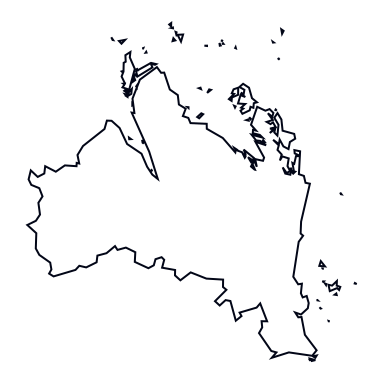 the district of Livingstone, Queensland, Australia
{"feature_id": "25037944B91391383703186", "entity_name": "Livingstone", "entity_type": "district", "adm_level": 2, "iso_a3": "AUS", "parent_name": "Australia", "parent_adm1": "Queensland", "projection": "albers", "projection_center": [150.606, -22.725], "detail": "fine", "context": "isolated", "style": "outline", "palette": "ink", "viewbox_px": 384, "rotation_deg": 0, "n_neighbors": 0, "source": "geoboundaries", "source_scale": "gbopen_adm2", "svg_char_len": 5988}
<svg xmlns="http://www.w3.org/2000/svg" viewBox="0 0 384 384"><path d="M86.2,267.4L96.6,262.3L97.4,255.6L106.5,253.2L115.0,246.1L117.5,249.9L125.9,247.6L135.3,252.2L134.8,261.9L148.4,268.2L153.8,265.3L155.5,259.2L161.6,257.2L164.2,259.8L162.1,267.7L175.1,270.0L175.0,275.4L180.4,280.3L190.7,272.4L206.4,278.6L223.1,279.6L223.0,287.0L226.4,289.8L215.0,301.2L219.7,305.5L225.6,300.1L230.4,301.0L235.8,320.7L241.5,316.1L239.6,312.6L256.6,307.6L260.2,303.4L267.1,321.3L261.6,321.2L262.2,327.4L259.0,333.1L271.3,351.0L276.4,352.4L271.8,357.8L288.9,352.4L312.2,355.8L316.6,350.3L304.9,334.8L301.5,317.0L298.3,317.3L295.2,312.5L301.0,314.5L307.8,308.3L308.7,303.1L306.7,296.0L302.7,297.4L300.9,293.3L301.9,283.7L298.2,284.3L293.3,276.8L298.7,241.8L303.1,235.7L300.6,233.5L301.1,221.6L309.9,183.7L305.5,182.8L303.9,175.9L298.9,174.2L300.1,151.3L294.4,150.1L294.7,153.4L298.2,155.0L298.2,156.1L296.0,156.1L294.2,163.9L292.4,162.9L293.8,170.6L291.2,171.1L293.3,173.1L294.0,171.4L295.2,171.7L293.2,173.6L290.8,171.0L290.3,174.7L285.3,173.6L282.7,167.4L286.7,173.0L290.1,171.0L287.5,166.1L288.7,158.4L282.3,156.4L279.9,160.5L281.7,154.5L277.5,149.9L278.8,145.4L273.1,139.8L278.9,144.1L279.7,139.6L283.4,146.4L288.5,149.1L289.9,142.0L295.2,138.7L294.2,133.9L282.6,130.7L281.4,119.5L277.5,113.1L274.3,117.8L278.5,124.8L277.4,135.6L274.3,132.4L275.2,128.9L269.8,133.0L273.5,129.3L270.0,128.6L275.7,127.2L273.0,122.4L270.5,124.1L266.7,121.9L272.8,120.0L267.9,113.3L272.3,116.7L273.4,112.9L269.6,109.1L265.4,110.7L257.2,106.8L251.0,124.8L256.1,130.6L253.0,129.9L252.8,133.2L259.8,134.9L262.6,137.6L251.6,134.7L256.1,140.4L260.1,140.9L262.1,142.2L263.2,140.1L264.9,142.3L262.1,142.5L266.1,145.3L255.4,141.8L264.1,157.6L263.0,160.8L255.2,159.1L256.8,166.8L254.4,161.1L252.5,164.0L255.0,169.7L254.6,169.6L251.0,166.5L253.8,160.5L251.1,162.2L248.1,157.2L252.6,160.3L253.9,158.0L243.7,149.6L245.6,154.3L245.2,157.2L244.8,157.8L242.1,152.3L235.7,149.9L235.3,152.4L222.8,138.0L206.8,128.8L206.7,123.8L190.5,123.1L188.3,117.9L182.9,116.1L185.7,108.7L178.9,104.5L177.8,95.1L169.8,89.5L164.2,72.6L161.1,72.8L156.9,67.1L139.9,79.6L132.5,98.7L134.4,113.0L131.7,112.6L149.2,151.7L157.8,179.0L152.3,174.6L147.1,166.7L141.5,153.7L127.1,144.0L119.6,128.0L111.6,120.8L106.9,120.6L104.5,129.0L83.0,146.0L77.5,155.0L79.2,163.5L76.7,162.9L76.5,166.2L64.9,165.4L55.8,171.7L45.2,166.2L44.3,173.5L37.7,176.9L30.8,170.4L28.6,179.4L31.3,184.9L39.3,188.2L42.5,196.4L38.4,202.8L40.0,214.6L35.9,220.8L27.3,225.0L36.3,233.2L35.8,248.5L39.3,254.9L50.2,262.6L51.4,269.5L49.1,273.6L53.6,276.4L75.5,269.9L79.3,265.8L86.2,267.4ZM121.6,76.5L125.0,83.6L122.5,87.4L129.2,89.6L134.8,68.9L129.8,57.4L130.4,52.0L125.4,55.2L125.7,61.7L123.7,62.8L123.5,71.6L121.6,76.5ZM240.5,95.2L238.0,103.5L245.2,104.0L241.1,107.7L243.3,108.6L240.5,110.7L242.4,113.8L249.7,110.3L250.5,106.8L253.4,107.8L253.8,103.2L257.0,102.3L252.0,98.2L249.0,87.7L243.1,83.8L239.4,87.0L244.4,89.8L243.7,94.0L241.6,93.0L241.0,94.0L245.3,97.0L240.5,95.2ZM151.0,62.9L136.1,71.2L137.4,76.6L152.4,67.4L150.9,63.8L155.0,64.8L156.2,64.1L151.0,62.9ZM329.8,291.1L337.1,288.1L339.1,290.0L340.3,286.9L336.7,285.6L336.9,281.0L332.1,285.6L328.5,284.8L329.8,291.1ZM228.9,99.1L231.6,100.9L231.9,97.5L238.1,94.8L238.2,87.7L233.6,89.3L231.8,93.3L234.1,93.9L228.9,99.1ZM181.0,41.6L183.1,34.5L177.6,34.8L181.0,41.6ZM319.3,265.9L325.0,266.4L320.8,261.1L319.3,265.9ZM131.8,89.0L128.7,92.5L128.8,95.4L131.3,93.9L131.8,89.0ZM119.0,41.0L121.5,43.7L125.2,39.8L119.0,41.0ZM124.2,90.8L127.7,93.5L125.3,89.9L124.2,90.8ZM311.7,361.0L315.4,360.1L310.2,358.7L311.7,361.0ZM209.2,89.4L207.2,92.9L211.0,89.9L209.2,89.4ZM132.7,81.9L135.2,80.1L134.2,77.5L132.7,81.9ZM281.3,29.3L282.1,33.8L283.6,30.9L281.3,29.3ZM312.9,356.3L315.3,357.8L316.7,355.5L312.9,356.3ZM197.2,117.0L199.2,118.3L203.2,114.2L201.3,113.3L197.2,117.0ZM173.4,38.2L172.6,41.1L175.3,40.4L173.4,38.2ZM124.9,94.1L126.4,96.0L128.2,94.9L124.9,94.1ZM169.2,24.5L171.1,26.4L171.2,23.0L169.2,24.5ZM129.2,139.2L131.0,139.1L129.0,137.6L129.2,139.2ZM175.6,31.9L176.8,36.4L175.9,32.6L177.3,32.6L175.6,31.9ZM219.4,43.0L219.8,45.7L220.7,45.5L219.4,43.0ZM142.1,139.9L142.6,142.7L143.7,143.6L142.1,139.9ZM356.7,284.0L354.9,283.0L354.7,283.5L356.7,284.0ZM111.3,37.3L112.6,40.0L113.2,40.1L111.3,37.3ZM126.9,90.4L128.4,91.8L129.2,90.3L126.9,90.4ZM244.2,155.4L245.3,155.7L244.7,153.6L244.2,155.4ZM308.9,358.4L309.8,360.1L310.1,360.0L308.9,358.4ZM201.0,89.1L200.5,87.7L198.9,88.2L201.0,89.1ZM249.3,117.3L250.3,119.4L250.8,118.8L249.3,117.3ZM278.5,59.0L279.5,59.6L278.2,57.9L278.5,59.0ZM334.7,294.7L336.7,295.0L336.3,293.5L334.7,294.7ZM135.0,73.5L135.0,75.3L135.9,75.7L135.0,73.5ZM204.4,45.7L207.0,46.0L207.0,45.7L204.4,45.7ZM235.0,107.6L235.6,106.4L234.2,105.8L235.0,107.6ZM151.2,170.4L152.5,171.0L151.5,170.0L151.2,170.4ZM326.0,285.0L326.2,284.0L325.0,283.5L326.0,285.0ZM275.4,110.0L276.7,110.6L275.7,109.5L275.4,110.0ZM136.2,86.4L136.8,87.3L136.9,85.4L136.2,86.4ZM136.4,69.3L137.3,69.7L137.1,69.0L136.4,69.3ZM187.5,107.1L188.5,108.0L188.5,107.2L187.5,107.1ZM273.8,42.5L272.7,41.7L273.0,42.6L273.8,42.5ZM132.3,104.2L132.3,105.5L132.9,105.2L132.3,104.2ZM171.5,28.0L173.0,28.3L172.9,27.5L171.5,28.0ZM235.2,48.0L235.9,48.3L235.6,47.2L235.2,48.0ZM319.5,307.3L320.6,308.6L320.9,308.5L319.5,307.3ZM123.4,83.7L124.4,84.4L124.7,83.6L123.4,83.7ZM222.1,40.5L221.0,40.5L222.8,41.3L222.1,40.5ZM222.5,42.6L222.8,43.9L223.5,43.9L222.5,42.6ZM328.7,321.3L329.7,321.4L328.6,321.0L328.7,321.3ZM340.2,192.6L340.9,194.2L341.5,194.3L340.2,192.6ZM248.4,120.6L248.0,119.5L246.4,120.1L248.4,120.6ZM126.6,96.3L127.5,96.9L127.5,96.1L126.6,96.3ZM145.6,52.7L146.5,52.6L146.2,51.8L145.6,52.7ZM122.0,71.7L123.0,71.0L121.7,71.4L122.0,71.7ZM323.2,281.8L323.7,281.4L322.3,281.3L323.2,281.8ZM291.3,169.1L290.6,167.6L291.1,169.7L291.3,169.1ZM322.6,268.5L323.0,269.2L322.8,268.9L323.6,268.5L322.6,268.5ZM317.8,300.4L317.4,300.0L316.6,300.2L317.8,300.4ZM142.3,48.4L143.2,48.5L143.4,48.0L142.3,48.4ZM234.3,147.9L234.7,148.7L235.5,148.7L234.3,147.9Z" fill="none" stroke="#020617" stroke-width="2"/></svg>